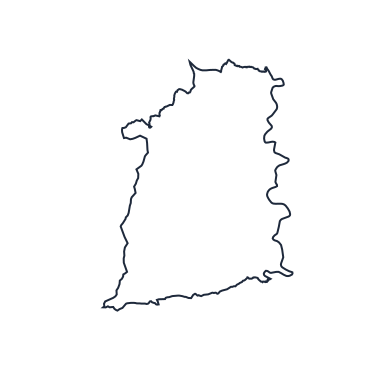 the district of Mohale's Hoek, Mohale's Hoek, Lesotho, rotated 154°
{"feature_id": "5366337B50833634565448", "entity_name": "Mohale's Hoek", "entity_type": "district", "adm_level": 2, "iso_a3": "LSO", "parent_name": "Lesotho", "parent_adm1": "Mohale's Hoek", "projection": "natural_earth1", "projection_center": [27.441, -30.145], "detail": "fine", "context": "isolated", "style": "outline", "palette": "slate", "viewbox_px": 384, "rotation_deg": 154, "n_neighbors": 0, "source": "geoboundaries", "source_scale": "gbopen_adm2", "svg_char_len": 5940}
<svg xmlns="http://www.w3.org/2000/svg" viewBox="0 0 384 384"><g transform="rotate(154 192 192)"><path d="M226.5,280.0L227.4,279.0L228.1,277.6L228.6,276.2L229.5,270.3L227.4,269.7L224.5,266.5L222.0,265.8L219.3,265.5L214.0,265.4L209.5,259.8L210.9,255.7L213.6,249.3L214.3,246.7L217.2,245.5L218.7,244.7L222.3,240.6L224.6,238.6L225.9,237.8L232.0,236.7L232.3,231.8L234.3,228.1L236.6,226.5L238.8,224.1L241.7,222.2L242.1,219.7L243.1,215.9L248.5,213.7L250.0,212.3L251.9,208.9L253.8,207.0L258.1,201.0L260.1,199.1L262.6,198.2L263.6,196.9L267.8,194.3L270.2,193.2L271.2,192.3L272.3,181.2L272.3,174.2L276.6,171.6L279.1,168.3L280.7,164.4L282.4,162.4L283.0,161.2L284.3,158.3L285.4,148.7L287.5,148.2L289.9,148.0L291.0,146.2L293.1,144.7L295.7,144.0L297.5,141.0L300.4,138.2L303.0,136.7L304.6,132.9L306.6,131.8L309.2,131.4L318.0,131.7L320.1,130.1L320.9,127.7L322.4,127.3L320.1,126.1L317.7,126.1L316.6,124.5L313.2,123.2L312.9,120.9L311.9,119.1L311.0,118.1L308.5,118.5L305.3,118.3L300.3,120.5L299.1,120.4L295.7,119.2L293.1,118.0L291.5,117.0L290.6,116.2L287.7,114.7L286.1,113.7L283.3,112.4L281.8,111.2L280.5,110.9L279.4,111.2L277.9,112.1L276.7,111.8L276.3,110.5L275.2,109.3L274.0,108.4L273.6,106.9L272.8,106.1L271.3,105.6L270.8,108.4L270.8,110.4L268.8,110.1L263.2,107.6L262.0,108.4L260.4,108.2L258.6,107.5L255.4,107.1L250.2,105.1L248.6,104.3L246.2,102.5L244.6,101.0L243.6,100.5L241.6,98.3L239.3,97.0L236.0,99.0L233.9,99.2L233.5,98.9L232.5,96.5L232.3,96.4L231.2,96.3L231.1,96.0L229.4,94.4L226.4,94.4L222.3,92.9L218.0,92.6L217.4,92.3L216.6,91.6L215.2,91.3L214.6,90.9L213.9,89.5L213.4,89.3L212.6,89.4L210.6,90.3L208.2,90.2L203.1,89.2L198.5,89.7L197.4,89.1L195.5,88.9L194.3,88.2L192.3,89.0L190.0,89.0L189.0,89.3L186.6,89.2L185.1,89.9L183.9,89.6L182.8,89.7L180.0,90.6L179.6,91.0L179.1,90.5L178.6,89.0L176.2,87.9L174.5,88.3L174.4,88.0L172.9,87.8L171.0,86.3L170.5,85.4L170.7,85.1L170.5,84.1L169.3,81.2L168.4,80.7L168.1,80.0L167.3,80.3L166.3,79.8L165.7,78.9L165.3,78.8L164.8,79.1L164.7,78.6L164.2,78.3L162.5,79.0L162.7,79.8L162.5,80.0L162.3,79.7L161.4,79.7L160.4,79.4L159.5,79.5L163.2,84.5L163.6,86.0L163.2,87.2L162.4,87.9L161.4,88.4L160.2,88.8L159.3,88.3L158.6,87.6L157.3,85.3L156.5,84.7L151.4,83.3L149.1,82.2L147.4,79.9L145.8,77.4L144.0,75.2L142.5,74.3L140.9,73.9L138.3,74.0L137.4,74.7L137.0,75.8L137.4,76.3L139.4,78.2L141.7,81.2L143.8,84.6L144.2,85.7L144.2,86.7L143.8,88.0L142.9,89.1L138.6,93.3L136.2,100.7L135.2,105.3L135.9,108.5L137.0,110.5L139.0,112.4L139.7,113.6L139.8,114.9L138.9,115.9L136.8,116.8L134.7,117.1L133.7,117.4L132.9,118.2L129.2,122.7L125.8,127.3L124.3,128.1L122.9,128.3L116.0,127.6L115.1,127.7L114.1,128.2L113.5,129.1L112.9,131.6L113.1,135.2L113.8,138.6L114.6,140.3L115.7,141.5L117.2,142.5L121.9,144.7L123.9,145.9L124.7,146.7L125.3,147.8L126.0,150.9L126.2,153.1L126.2,155.1L125.8,156.6L125.0,157.7L123.6,159.1L121.5,160.1L120.1,160.4L118.2,160.4L114.6,159.9L113.0,160.0L112.5,161.1L112.7,163.0L112.6,164.5L108.7,170.2L108.1,173.7L107.8,174.8L107.1,175.5L105.2,176.7L104.1,177.2L101.7,177.6L97.4,176.9L95.4,176.7L93.6,176.8L91.7,177.6L91.1,178.4L90.9,179.1L91.0,179.7L91.4,180.3L92.5,181.5L93.0,181.8L97.0,187.6L99.8,190.4L100.4,191.5L100.1,193.3L99.6,194.3L95.4,199.9L95.9,200.8L97.3,201.8L98.7,202.3L101.5,203.0L103.4,203.7L104.2,204.2L104.5,205.1L104.5,205.8L103.8,208.4L102.4,210.7L101.0,211.8L97.8,213.2L92.9,214.3L91.7,215.3L91.4,216.6L92.5,220.7L92.6,222.2L92.6,223.6L92.1,224.6L91.0,225.1L86.9,225.7L85.3,226.4L79.6,229.3L78.6,230.4L77.9,231.7L77.4,233.7L77.4,235.4L78.3,239.8L77.7,245.3L77.5,246.3L77.1,247.0L73.9,250.3L72.6,250.8L70.7,250.7L69.8,250.4L68.0,249.3L66.4,248.6L64.1,248.0L63.0,248.0L62.4,248.4L61.9,250.0L61.6,252.2L61.9,253.9L62.4,254.7L63.1,255.2L64.6,255.7L67.7,256.3L68.9,256.9L69.6,257.7L69.8,258.6L69.6,261.2L69.9,263.1L70.0,267.4L70.4,269.6L70.4,271.4L71.2,271.7L71.6,271.1L72.0,270.9L71.8,270.2L71.5,270.0L71.6,269.9L72.3,270.3L72.6,270.2L72.5,269.5L71.8,269.0L72.1,268.8L72.4,268.7L72.4,268.1L72.6,267.9L73.2,267.9L74.6,268.4L75.2,269.2L76.3,269.3L76.4,269.7L78.0,270.7L78.5,271.7L78.8,271.9L78.7,272.9L79.3,273.7L79.2,274.0L80.6,274.4L81.3,275.2L81.9,275.5L82.2,276.6L82.7,277.5L83.4,277.9L84.0,278.6L84.7,278.7L85.0,278.9L85.0,279.1L85.2,279.3L85.7,279.4L85.7,279.6L87.4,280.2L87.7,280.1L87.7,280.3L88.4,280.6L88.8,280.6L88.9,280.9L89.6,281.3L91.5,281.8L91.9,281.7L93.5,283.4L94.2,283.6L94.4,283.9L94.4,284.6L95.5,285.0L95.6,285.4L96.1,285.7L96.4,285.5L98.0,287.3L97.6,288.4L97.6,288.9L98.2,289.6L98.3,290.2L99.5,291.3L100.9,294.7L101.3,294.8L103.4,293.4L103.7,293.0L105.1,292.2L105.3,292.9L105.6,293.1L106.4,292.7L107.7,292.7L107.9,292.6L107.9,292.3L109.1,291.6L110.2,291.3L110.6,290.6L112.5,288.5L113.1,287.4L113.5,287.2L114.7,289.0L115.9,290.3L117.0,291.3L121.8,293.6L126.1,295.2L127.9,296.1L129.3,296.8L130.8,298.0L132.4,299.8L133.8,301.7L134.8,304.0L137.0,310.1L137.7,306.8L137.8,300.3L137.9,299.0L138.3,298.1L138.2,297.3L139.2,295.3L142.6,290.2L143.0,289.4L143.3,287.8L143.3,286.1L143.7,285.7L147.5,284.6L148.4,284.1L149.6,282.8L150.5,282.4L151.2,282.8L152.2,282.4L153.0,282.9L153.7,284.9L154.3,285.9L156.1,288.3L157.7,289.7L158.5,290.1L160.4,289.8L161.5,288.7L161.9,289.1L162.4,289.2L164.1,288.1L164.9,287.3L165.7,286.4L166.1,285.4L167.4,283.7L167.6,283.2L167.6,282.7L167.8,282.4L168.9,281.3L169.4,280.5L170.7,279.3L171.5,278.8L173.8,280.0L177.6,280.0L178.2,280.3L178.8,280.2L179.4,280.4L180.4,279.9L181.0,279.3L182.0,279.6L183.3,279.0L184.2,279.4L184.4,278.8L185.3,278.6L185.7,277.9L186.3,277.6L187.2,276.2L187.4,274.9L188.1,274.3L191.5,277.0L192.5,276.9L193.0,277.1L193.7,277.1L194.5,277.6L195.9,277.9L196.5,277.5L197.0,276.1L197.8,275.0L200.1,273.2L200.3,271.9L200.8,270.8L200.8,270.3L200.7,269.6L200.0,268.5L200.6,268.3L200.9,268.5L201.3,268.2L201.7,268.3L202.1,268.7L202.1,269.3L201.6,270.5L201.7,271.1L203.2,272.9L205.3,279.2L207.5,278.4L210.4,280.9L211.3,280.9L214.0,280.3L215.3,281.1L216.7,280.5L219.0,281.3L223.1,279.2L225.0,279.4L226.5,280.0Z" fill="none" stroke="#1e293b" stroke-width="2"/></g></svg>